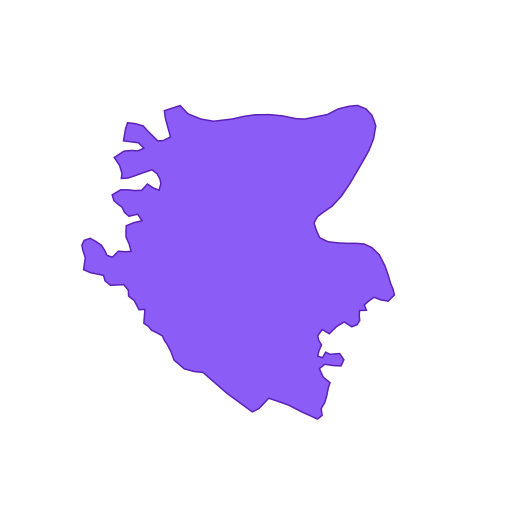 the district of Novo Machado, Rio Grande do Sul, Brazil, rotated 66°
{"feature_id": "56859067B53654769142521", "entity_name": "Novo Machado", "entity_type": "district", "adm_level": 2, "iso_a3": "BRA", "parent_name": "Brazil", "parent_adm1": "Rio Grande do Sul", "projection": "albers", "projection_center": [-54.541, -27.542], "detail": "fine", "context": "isolated", "style": "filled", "palette": "violet", "viewbox_px": 512, "rotation_deg": 66, "n_neighbors": 0, "source": "geoboundaries", "source_scale": "gbopen_adm2", "svg_char_len": 2256}
<svg xmlns="http://www.w3.org/2000/svg" viewBox="0 0 512 512"><g transform="rotate(66 256 256)"><path d="M347.9,145.4L342.2,144.3L335.8,144.2L327.6,143.1L317.5,142.2L304.9,142.9L295.7,146.6L289.0,152.3L285.4,158.9L281.8,167.0L277.9,174.8L272.3,184.4L265.2,190.4L256.8,190.4L249.6,189.6L245.2,184.3L243.4,176.8L241.4,166.1L235.9,153.4L228.1,141.0L220.6,130.4L213.7,120.9L210.1,116.0L205.7,110.1L196.8,101.0L186.0,93.7L180.6,93.1L174.3,92.9L166.4,95.7L159.7,102.1L156.9,110.7L155.1,121.2L155.8,133.3L152.7,146.9L150.7,155.8L146.6,163.9L138.7,174.9L132.3,186.2L126.6,199.5L123.6,209.8L121.2,221.9L115.7,239.8L108.6,250.5L98.5,260.3L87.7,264.1L86.0,280.6L93.4,282.8L101.4,284.0L112.4,285.7L112.9,293.8L110.8,299.0L98.0,304.0L91.2,306.2L86.1,312.3L82.0,319.1L86.5,323.3L96.9,330.2L104.7,317.4L111.9,314.5L111.9,321.3L109.0,326.7L106.5,333.9L108.3,345.4L118.0,343.8L126.2,344.9L130.4,347.5L132.7,341.2L133.4,334.2L134.0,325.9L134.9,316.0L140.8,312.8L146.7,312.5L151.3,313.5L156.4,317.8L152.1,322.1L146.1,325.9L149.5,333.8L146.7,340.6L143.9,345.2L140.5,352.6L141.6,362.5L147.5,363.3L152.0,361.3L156.9,358.5L162.6,358.4L168.0,355.9L169.7,347.1L177.4,345.8L175.8,354.1L175.6,362.2L180.7,364.8L185.8,367.0L193.3,367.0L201.0,368.2L199.0,373.6L195.6,379.8L198.7,387.6L194.8,391.9L190.0,391.9L183.3,392.8L177.4,396.5L172.4,400.3L171.8,406.6L175.4,410.7L180.2,411.8L188.2,412.7L198.4,419.1L204.0,413.9L211.7,403.1L217.3,404.0L223.5,400.9L228.4,388.5L235.2,386.5L240.8,388.7L247.3,385.3L257.5,384.7L259.6,379.2L271.8,385.8L276.4,383.0L281.2,381.7L286.6,377.2L291.0,374.0L295.8,374.0L300.7,373.1L309.1,372.6L317.9,373.2L323.1,370.6L329.9,367.4L336.5,359.3L340.8,351.8L369.8,338.3L396.9,322.8L396.6,315.4L394.1,309.4L391.1,302.2L405.1,287.2L416.7,277.9L430.0,266.1L428.5,260.4L422.0,258.6L417.9,252.9L412.6,248.3L405.9,243.6L401.9,239.9L393.9,243.9L384.7,243.9L382.9,237.3L387.8,229.5L391.0,223.1L386.5,217.9L379.1,219.3L376.0,228.3L372.2,231.5L376.0,236.6L372.4,240.4L367.8,236.6L363.9,232.3L358.6,233.0L353.9,232.0L350.1,225.4L356.8,220.7L353.2,210.9L352.1,202.3L359.6,197.3L359.9,191.7L357.1,187.5L352.2,185.8L347.9,183.6L350.5,177.2L344.8,177.0L343.0,171.4L341.7,165.0L346.8,159.9L351.0,153.6L347.9,145.4Z" fill="#8b5cf6" stroke="#5b21b6" stroke-width="1.5"/></g></svg>